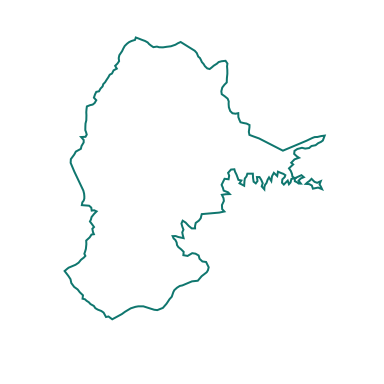 Pedregulho, São Paulo, Brazil, rotated 104°
{"feature_id": "56859067B25451774631659", "entity_name": "Pedregulho", "entity_type": "district", "adm_level": 2, "iso_a3": "BRA", "parent_name": "Brazil", "parent_adm1": "São Paulo", "projection": "albers", "projection_center": [-47.446, -20.16], "detail": "fine", "context": "isolated", "style": "outline", "palette": "teal", "viewbox_px": 384, "rotation_deg": 104, "n_neighbors": 0, "source": "geoboundaries", "source_scale": "gbopen_adm2", "svg_char_len": 4306}
<svg xmlns="http://www.w3.org/2000/svg" viewBox="0 0 384 384"><g transform="rotate(104 192 192)"><path d="M334.1,245.2L333.0,242.9L334.8,238.6L327.4,230.5L324.4,228.0L319.7,223.3L317.1,219.1L315.9,216.4L314.7,211.6L315.4,200.2L315.0,197.1L311.5,192.2L306.6,189.7L304.4,188.9L301.5,187.9L298.5,186.3L293.7,185.9L291.5,185.4L288.5,183.4L286.1,181.1L285.0,178.8L278.7,170.4L276.7,164.9L271.4,162.3L266.3,158.3L264.0,157.6L261.0,157.6L256.5,161.4L256.9,165.1L255.0,168.5L252.0,170.2L251.0,173.7L251.3,177.0L252.9,178.6L255.1,180.8L255.4,185.1L252.1,185.6L250.3,188.6L248.7,192.0L247.1,193.7L244.7,194.7L242.6,196.5L241.5,198.6L239.5,200.1L238.7,197.2L239.0,194.4L238.8,189.0L235.7,190.7L233.5,191.7L230.6,191.2L228.0,193.0L225.2,194.6L222.1,194.1L223.2,190.8L225.7,187.0L227.4,183.4L226.6,180.2L224.4,180.8L221.1,180.9L218.1,178.4L215.4,177.2L211.1,177.2L205.4,160.6L203.1,155.9L201.3,158.6L197.4,159.8L195.0,159.3L193.0,158.9L190.4,159.9L187.5,162.3L186.0,158.7L184.9,154.9L183.6,156.9L183.0,161.6L180.5,163.0L177.9,165.0L174.1,164.2L171.3,163.6L170.8,159.6L167.1,159.9L164.7,161.6L160.8,159.6L159.7,156.4L161.8,155.2L164.4,153.0L169.0,149.9L168.9,146.9L172.1,148.0L172.6,145.7L173.3,142.9L168.9,143.7L166.1,144.0L163.7,142.9L160.8,142.7L160.2,140.1L159.5,137.4L163.5,136.2L167.1,134.7L168.2,132.2L165.5,131.1L161.8,132.6L161.2,130.1L163.4,127.8L166.4,125.5L169.7,125.7L171.9,122.5L169.5,123.0L167.3,122.8L165.3,121.9L161.8,121.6L159.2,120.8L162.2,117.7L157.5,118.2L153.6,117.2L155.9,113.2L151.5,113.5L152.0,110.3L152.3,107.7L153.1,105.5L155.2,105.7L157.9,107.4L161.2,106.9L162.6,104.7L160.3,103.4L157.8,101.9L161.0,99.8L158.9,98.7L155.3,98.7L153.8,95.6L152.7,98.3L150.2,99.4L147.7,101.2L145.6,103.6L142.9,101.9L140.8,100.5L139.6,102.8L135.5,100.4L132.9,96.5L132.1,98.8L130.3,102.1L127.3,102.5L124.8,100.2L122.5,96.0L122.5,92.7L121.0,89.0L118.5,87.2L116.7,83.4L114.0,81.3L112.3,79.1L110.4,77.5L105.2,76.9L106.5,80.2L108.3,83.7L109.0,86.2L110.3,88.1L112.0,90.2L114.5,93.2L129.9,113.8L123.8,139.9L123.2,145.8L122.7,150.1L119.9,151.4L115.4,151.9L113.1,152.4L112.4,155.6L112.6,158.7L112.6,161.8L110.5,163.5L108.2,165.1L104.3,166.2L105.5,168.7L105.8,171.8L104.2,174.5L100.9,176.7L97.6,177.8L95.2,178.3L92.8,180.0L91.1,183.6L89.9,186.8L87.2,187.9L83.3,187.9L80.1,186.5L77.3,184.8L73.0,185.7L68.7,186.3L64.9,187.3L61.6,188.4L58.8,188.7L56.6,191.2L58.0,195.0L59.5,197.6L61.5,198.9L64.1,201.4L66.5,203.1L68.4,204.6L68.4,207.1L66.8,209.9L65.0,211.7L63.5,213.9L61.8,215.2L60.1,216.7L59.1,218.7L56.0,221.0L54.3,223.5L49.2,239.3L51.1,241.7L53.1,243.7L55.7,247.7L57.2,251.6L58.7,255.2L59.5,258.9L59.4,261.2L60.8,264.5L60.0,266.8L58.9,269.3L57.6,271.2L56.8,274.2L56.5,277.2L56.0,281.0L55.7,283.9L58.2,284.1L60.1,287.2L61.8,289.3L63.8,290.9L66.6,292.6L69.6,293.4L72.2,293.9L76.8,295.6L79.8,295.5L82.7,294.4L85.4,295.4L88.2,297.1L90.5,294.8L92.9,297.5L96.4,298.3L98.1,300.2L101.1,301.0L103.8,302.0L106.6,302.9L108.8,304.2L111.2,304.3L113.8,305.8L116.8,306.6L118.0,309.1L120.7,309.7L124.2,310.0L126.1,307.1L129.2,308.0L131.2,309.5L132.4,311.9L134.4,314.7L137.1,314.4L140.1,313.9L143.1,313.0L148.0,311.9L151.3,311.9L154.3,311.3L157.8,310.5L159.7,309.2L161.8,308.0L164.2,308.7L165.5,312.9L167.7,309.7L170.1,309.1L174.1,310.3L177.0,310.3L178.5,311.9L180.9,314.5L184.1,315.3L189.4,317.5L193.1,316.8L200.7,311.1L216.9,297.8L219.7,296.3L222.3,295.4L224.4,294.9L226.5,295.0L228.6,295.9L231.4,295.7L230.2,288.5L231.5,286.0L234.3,284.8L233.4,282.5L233.9,279.9L236.9,281.7L240.6,283.4L243.2,283.4L245.3,283.9L247.8,280.8L249.7,278.6L251.8,279.8L254.8,278.4L256.7,277.0L257.6,279.2L260.8,280.3L264.7,282.9L268.1,281.9L270.8,281.5L272.9,281.2L275.4,281.3L278.0,281.5L279.8,280.0L281.7,281.0L284.6,283.3L288.0,284.9L290.8,287.4L292.9,290.2L295.3,293.4L297.1,294.8L299.5,296.5L301.7,293.7L303.4,291.6L306.0,288.8L309.5,287.1L312.6,283.4L314.2,279.4L316.5,276.5L318.6,272.8L322.0,272.4L322.0,269.9L323.1,267.9L323.9,265.5L325.3,263.4L326.3,259.7L328.1,257.7L328.9,255.1L329.4,251.2L330.4,248.6L334.1,245.2ZM156.6,83.5L156.0,80.2L156.7,77.3L159.5,75.5L157.2,70.7L157.8,66.5L155.9,68.0L153.7,70.1L150.4,69.7L152.8,72.8L152.5,75.6L150.3,79.2L152.9,80.7L154.7,82.3L156.6,83.5ZM153.8,95.6L156.7,94.8L157.1,92.6L158.0,90.6L157.5,88.4L155.2,91.3L152.5,89.7L150.6,87.1L149.2,89.9L153.8,95.6Z" fill="none" stroke="#0f766e" stroke-width="2"/></g></svg>